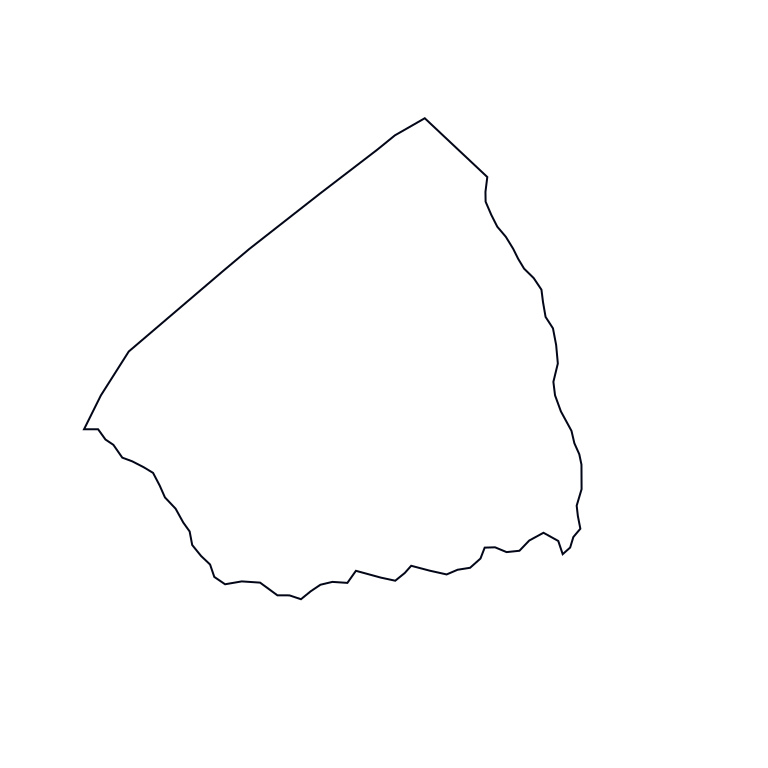 the district of Cubati, Paraíba, Brazil, rotated 209°
{"feature_id": "56859067B17679769535138", "entity_name": "Cubati", "entity_type": "district", "adm_level": 2, "iso_a3": "BRA", "parent_name": "Brazil", "parent_adm1": "Paraíba", "projection": "mercator", "projection_center": [-36.342, -6.865], "detail": "fine", "context": "isolated", "style": "outline", "palette": "ink", "viewbox_px": 768, "rotation_deg": 209, "n_neighbors": 0, "source": "geoboundaries", "source_scale": "gbopen_adm2", "svg_char_len": 1174}
<svg xmlns="http://www.w3.org/2000/svg" viewBox="0 0 768 768"><g transform="rotate(209 384 384)"><path d="M624.4,199.0L612.1,205.8L600.7,200.4L591.2,199.6L577.2,192.7L566.8,194.3L553.9,194.7L542.9,194.3L530.9,186.4L520.6,178.6L505.8,173.9L492.4,165.5L482.5,160.8L473.7,150.2L460.6,144.9L448.6,141.8L438.9,133.0L425.9,131.8L412.7,142.4L396.1,150.2L374.8,147.5L364.2,153.3L352.3,155.5L347.6,167.2L342.3,177.6L333.2,185.9L319.6,192.3L318.0,207.0L308.2,209.4L293.0,213.1L278.8,217.4L274.2,228.8L272.1,238.2L253.5,242.9L236.9,247.8L229.6,257.2L219.6,265.0L215.0,278.1L216.6,289.7L207.7,295.0L195.3,296.4L184.7,303.8L181.1,317.5L172.4,331.2L155.5,331.2L145.2,321.8L141.9,331.2L144.2,342.0L142.1,352.6L150.5,362.6L156.5,371.0L160.2,387.8L172.2,409.2L179.1,417.2L188.8,424.5L197.3,433.9L216.0,445.8L228.9,457.0L236.9,468.0L241.9,486.2L252.3,501.5L263.2,514.6L275.2,521.0L284.7,532.8L292.0,542.8L304.4,549.2L317.4,552.8L327.3,558.5L336.6,564.9L348.8,571.8L361.2,576.5L372.1,583.9L383.5,592.7L388.4,601.2L394.0,615.1L477.2,636.2L495.0,606.8L503.4,585.9L532.4,519.3L567.2,437.0L579.8,404.1L623.0,288.7L626.1,236.8L624.4,199.0Z" fill="none" stroke="#020617" stroke-width="2"/></g></svg>